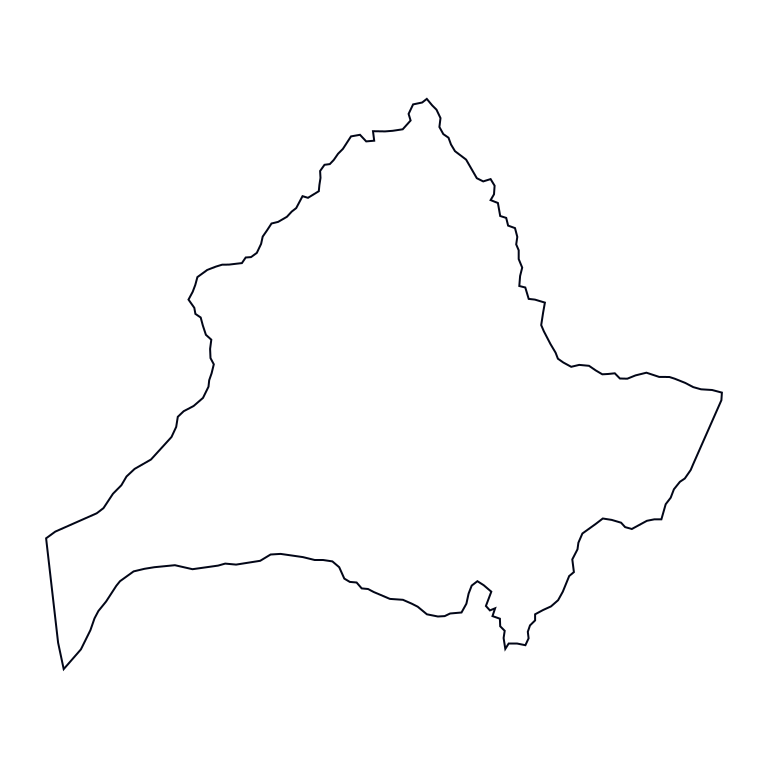 Portelândia, Goiás, Brazil
{"feature_id": "56859067B45598066883188", "entity_name": "Portelândia", "entity_type": "district", "adm_level": 2, "iso_a3": "BRA", "parent_name": "Brazil", "parent_adm1": "Goiás", "projection": "robinson", "projection_center": [-52.695, -17.338], "detail": "fine", "context": "isolated", "style": "outline", "palette": "ink", "viewbox_px": 768, "rotation_deg": 0, "n_neighbors": 0, "source": "geoboundaries", "source_scale": "gbopen_adm2", "svg_char_len": 2781}
<svg xmlns="http://www.w3.org/2000/svg" viewBox="0 0 768 768"><path d="M392.7,130.8L385.1,131.4L373.0,131.2L374.2,140.7L366.2,141.4L360.0,134.8L351.0,136.4L342.9,148.9L338.1,153.7L333.8,159.9L329.8,164.1L324.5,164.8L320.1,171.0L320.5,177.9L319.4,185.0L318.8,191.2L308.0,197.8L302.5,196.2L296.2,208.1L291.7,211.6L286.9,216.8L278.1,221.9L271.5,223.5L267.0,230.4L262.7,236.6L261.1,243.9L256.8,252.9L251.0,257.1L245.7,257.5L241.9,263.1L236.6,263.7L229.0,264.6L222.1,264.7L215.9,266.6L207.3,269.9L197.4,277.1L195.3,284.9L192.7,291.8L188.5,299.6L194.3,307.8L195.4,313.9L200.7,317.5L202.8,325.4L205.9,334.8L211.3,339.7L210.1,348.9L210.5,358.1L213.8,364.3L211.6,373.3L209.2,380.2L208.5,386.7L203.0,397.9L193.6,406.0L183.7,411.2L177.8,416.8L176.2,426.9L171.5,437.0L151.0,459.5L134.6,468.9L126.5,476.5L121.4,485.2L113.0,493.7L103.5,508.1L96.7,513.3L55.3,531.6L46.1,538.3L58.1,642.7L63.7,669.1L80.9,649.4L90.4,630.2L94.5,618.4L98.4,611.0L106.1,601.5L116.3,585.8L120.0,581.2L133.6,571.4L144.5,568.8L154.4,567.2L174.9,565.2L192.5,569.2L218.1,565.6L225.2,563.6L236.1,564.6L260.2,560.8L270.6,554.5L280.6,553.9L302.9,557.1L314.7,560.0L323.1,560.0L332.4,561.4L339.2,567.2L344.3,578.6L349.8,581.9L356.6,582.5L361.7,588.4L368.0,589.0L373.7,592.0L389.9,598.9L402.9,599.8L411.8,603.7L417.7,606.7L426.9,614.3L437.9,616.5L444.7,616.1L450.1,613.5L461.5,612.5L466.4,603.7L468.6,593.6L471.7,585.6L477.4,581.2L483.7,585.2L491.3,591.7L485.9,606.0L489.9,610.4L495.1,608.3L492.5,616.1L499.9,618.7L500.2,626.3L504.7,630.8L503.6,638.0L505.3,648.9L508.7,643.5L516.9,643.5L525.4,645.2L528.6,638.3L527.8,631.8L530.0,625.4L535.1,620.4L535.1,614.3L543.1,610.0L551.0,606.4L558.1,600.2L562.8,591.7L569.2,576.0L573.9,572.1L572.3,559.4L577.5,549.3L578.4,542.7L582.4,533.5L595.9,523.8L602.8,518.5L611.7,519.9L621.1,522.7L625.1,527.1L631.8,529.0L646.9,520.8L654.5,519.3L661.4,519.3L665.7,504.2L670.7,497.7L673.9,489.3L679.9,481.8L684.8,478.5L690.7,470.0L693.2,464.1L721.4,400.2L721.9,392.6L712.1,390.0L701.0,389.3L693.2,387.1L685.2,382.9L674.7,378.7L669.4,377.0L659.1,376.9L654.0,375.2L646.4,372.7L635.5,375.4L627.3,378.7L619.9,378.5L614.8,373.3L607.9,374.0L602.3,374.3L595.7,370.4L589.0,365.8L579.2,364.9L571.2,366.8L563.3,362.5L557.9,358.7L555.6,352.7L550.5,344.1L543.8,331.2L541.2,325.1L543.1,312.7L544.9,302.6L534.9,299.6L528.7,298.9L525.3,287.5L519.3,286.0L520.1,276.0L522.2,267.6L518.7,259.1L518.7,250.3L516.2,244.4L517.3,236.9L515.0,228.1L508.1,225.6L506.2,217.9L500.2,216.0L497.9,203.0L490.6,200.1L494.0,194.3L494.6,185.7L490.6,179.1L483.2,181.4L476.8,178.2L471.0,168.1L466.1,159.6L455.0,151.2L451.0,144.5L448.5,137.7L443.3,134.1L439.4,127.0L440.5,118.1L436.5,109.7L432.2,105.4L426.8,98.9L422.2,102.5L413.1,104.4L408.6,113.9L410.6,120.5L402.7,129.3L392.7,130.8Z" fill="none" stroke="#020617" stroke-width="2"/></svg>